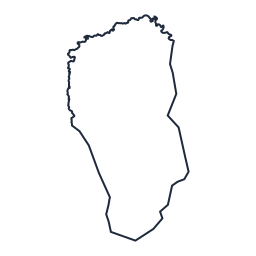 Mogod, Bulgan, Mongolia
{"feature_id": "93677404B32006231606780", "entity_name": "Mogod", "entity_type": "district", "adm_level": 2, "iso_a3": "MNG", "parent_name": "Mongolia", "parent_adm1": "Bulgan", "projection": "albers", "projection_center": [102.81, 48.255], "detail": "fine", "context": "isolated", "style": "outline", "palette": "slate", "viewbox_px": 256, "rotation_deg": 0, "n_neighbors": 0, "source": "geoboundaries", "source_scale": "gbopen_adm2", "svg_char_len": 5272}
<svg xmlns="http://www.w3.org/2000/svg" viewBox="0 0 256 256"><path d="M188.6,171.7L185.3,157.5L184.3,153.0L178.6,127.4L167.7,115.5L176.3,93.9L172.7,72.7L170.0,64.0L172.5,46.1L173.8,41.0L172.5,40.1L171.9,40.0L171.1,40.1L170.5,39.9L169.6,39.4L168.9,38.8L168.7,38.5L168.7,38.2L168.8,37.6L168.9,37.2L170.1,36.5L170.8,36.3L171.0,36.1L171.3,35.7L171.3,35.2L171.0,34.9L170.4,34.7L168.8,34.0L168.1,33.3L167.8,32.9L167.5,32.3L167.4,32.2L166.7,32.2L165.8,32.7L163.4,32.9L163.0,32.9L162.3,32.5L161.3,31.6L161.2,31.2L161.2,30.9L161.4,30.7L161.9,30.3L162.8,29.3L163.0,29.0L163.5,27.9L163.6,27.3L163.6,26.9L163.5,26.0L163.3,25.6L163.0,25.6L161.7,26.9L161.3,27.0L161.1,27.0L160.7,26.6L160.6,26.0L160.3,25.5L159.4,24.6L158.7,24.3L158.0,24.3L157.7,24.4L157.4,24.7L157.3,25.4L156.9,25.7L156.5,25.8L156.1,25.6L156.0,25.0L156.0,23.9L156.0,23.6L155.9,23.4L155.5,22.6L155.4,22.1L155.3,21.4L155.4,20.9L155.5,20.6L155.8,20.2L156.7,19.3L156.9,18.8L157.0,18.4L156.9,18.2L156.6,17.9L155.3,16.7L154.9,16.6L154.5,16.6L154.5,16.9L155.0,17.7L155.0,17.9L154.9,18.5L154.8,18.8L154.5,18.9L154.0,18.8L153.3,18.5L152.8,18.5L152.7,18.6L152.7,18.8L152.8,20.1L152.8,20.6L152.7,21.0L152.3,21.2L151.8,21.4L151.4,21.6L150.9,21.6L150.6,21.4L150.4,20.8L150.5,20.2L150.7,19.7L150.7,19.1L150.6,18.7L150.4,18.4L149.6,17.9L148.6,16.5L147.6,15.8L147.2,15.6L146.2,15.4L145.2,15.4L144.5,15.6L143.8,16.0L143.3,16.4L142.6,17.3L141.6,17.7L140.5,17.9L140.0,17.7L139.7,17.7L139.5,17.8L139.3,17.9L139.1,18.0L138.8,19.2L138.3,19.9L138.2,20.0L137.6,20.0L136.2,19.3L135.1,19.3L134.8,19.2L134.7,19.1L133.9,18.1L133.0,18.0L132.1,18.3L131.8,18.2L131.3,18.3L131.1,18.4L130.8,19.0L130.3,19.8L129.7,20.1L128.4,20.5L128.1,21.4L128.3,21.8L128.3,22.0L128.0,22.4L127.7,22.9L127.4,22.9L126.8,22.9L126.6,23.0L126.0,23.5L125.6,23.6L125.3,23.5L124.9,23.2L124.7,23.1L124.1,23.2L122.9,23.6L122.5,23.5L122.0,23.3L121.4,23.1L120.4,23.3L119.5,23.1L118.4,23.2L117.5,22.8L117.2,22.8L116.8,23.0L116.5,23.1L115.7,23.8L115.2,24.8L114.6,25.4L114.6,25.8L114.2,26.4L113.6,26.5L113.4,26.8L113.3,27.2L113.4,27.6L113.4,28.1L113.5,28.3L113.6,29.0L114.0,29.4L113.9,29.6L113.4,30.5L113.2,30.6L112.8,30.6L112.2,30.3L112.0,30.0L111.9,29.8L111.7,29.5L111.4,29.6L111.1,29.9L110.7,30.5L110.0,30.9L109.9,31.1L109.8,31.7L109.7,32.2L109.6,32.8L109.3,33.0L108.9,33.0L108.0,32.3L107.7,32.2L107.4,32.3L106.5,33.0L106.0,33.2L105.6,33.4L105.0,33.3L104.8,33.4L104.4,33.8L104.3,34.4L104.1,34.7L103.8,34.9L102.0,35.9L101.2,35.9L100.4,35.1L100.2,35.0L99.5,34.9L99.1,35.0L98.8,34.9L98.5,34.8L98.2,34.6L97.9,34.2L97.5,34.4L97.1,35.0L96.8,35.3L96.3,35.7L95.3,35.7L94.4,35.6L93.9,35.9L92.9,36.9L92.6,37.0L92.1,37.0L91.6,37.0L90.7,36.6L90.1,36.6L89.7,36.3L89.0,36.0L88.8,36.1L88.3,36.1L87.4,35.8L86.7,35.8L84.6,36.9L84.4,37.1L84.4,37.4L84.6,37.4L85.4,37.5L85.8,37.7L86.1,37.7L87.0,37.4L87.5,37.5L87.8,37.8L88.0,38.1L88.0,38.3L88.0,38.5L87.9,38.7L87.8,38.8L86.9,38.7L86.6,38.7L86.2,38.9L85.9,39.2L85.9,39.4L85.9,40.2L85.7,40.9L85.3,41.4L84.7,41.7L84.4,41.9L83.4,41.8L82.9,41.7L82.4,41.7L80.7,42.4L80.0,42.6L79.4,42.7L78.6,42.6L79.3,42.5L79.5,42.4L79.4,42.3L78.5,42.1L78.2,42.2L77.9,42.4L77.7,42.7L77.6,42.9L77.6,43.4L77.7,43.6L78.0,43.7L78.3,44.2L79.2,44.8L79.3,45.0L79.4,45.5L79.4,46.3L79.2,46.8L78.1,47.7L77.1,48.7L75.4,49.5L74.6,50.0L74.1,50.1L73.2,49.7L72.9,49.7L71.4,50.1L70.7,50.0L69.9,50.1L69.6,50.5L69.5,50.8L69.6,51.4L69.5,52.2L69.3,52.5L68.9,53.0L68.3,53.4L68.0,53.7L68.0,54.3L68.1,54.7L68.9,55.3L69.4,55.9L70.0,56.6L70.1,57.1L70.3,57.3L70.5,57.5L71.0,57.7L72.1,57.2L72.5,56.9L74.0,56.8L74.3,56.8L74.6,56.9L74.8,57.2L74.8,57.5L74.6,58.3L74.6,58.6L74.3,59.0L74.2,59.2L74.3,60.2L74.2,60.4L73.8,61.1L73.6,61.3L73.0,61.4L71.5,61.0L71.1,60.9L70.6,61.0L69.7,61.8L68.6,62.3L68.4,62.5L68.2,63.1L68.2,63.5L68.2,63.8L68.3,64.0L68.7,64.5L68.7,64.9L68.8,65.5L68.6,66.7L68.4,67.0L68.1,67.6L68.0,67.9L68.1,68.1L68.2,68.3L69.2,68.4L69.4,68.5L69.6,68.7L69.7,69.2L69.7,69.5L69.2,70.2L68.9,70.8L68.8,71.0L68.8,71.3L68.9,71.5L69.0,71.6L69.9,71.8L70.0,71.9L70.0,72.2L70.0,72.4L69.9,72.8L69.8,73.3L69.7,73.3L69.7,73.1L69.4,73.1L69.2,73.4L69.2,73.7L69.3,74.1L69.3,75.1L69.1,75.5L69.1,75.9L69.0,76.6L68.7,77.0L68.8,77.3L69.2,77.9L69.3,78.1L69.4,78.5L69.3,78.8L69.0,79.2L68.9,79.5L68.7,80.1L68.6,80.7L68.6,80.9L68.9,81.6L69.0,81.9L69.1,83.2L69.0,83.5L69.0,84.5L69.0,86.5L68.9,86.9L69.3,86.7L69.5,86.7L69.6,86.8L69.5,87.1L69.6,87.7L69.5,88.0L68.5,88.4L68.2,88.7L67.6,89.9L67.4,90.6L67.4,91.4L67.6,91.8L67.7,92.4L67.8,93.2L67.4,94.1L67.4,94.3L67.7,94.7L68.2,95.2L68.4,95.8L68.7,96.1L68.8,96.3L69.0,97.2L68.8,97.7L68.8,98.1L68.6,98.8L68.8,99.0L69.0,99.1L69.3,99.3L69.3,99.5L68.9,99.9L68.8,100.1L69.0,100.8L68.8,101.5L68.7,102.2L68.5,102.5L68.5,104.2L68.2,105.1L68.2,105.5L69.0,106.7L69.1,107.0L69.1,107.4L68.7,108.2L69.1,109.3L69.5,109.8L69.8,110.1L70.3,110.5L71.4,110.9L71.7,111.1L72.0,111.5L72.1,112.0L72.1,113.0L73.1,114.0L73.7,114.9L74.2,115.4L74.3,115.7L74.3,116.0L73.9,116.4L72.9,117.2L71.7,117.9L71.4,118.3L71.3,118.6L71.4,119.0L71.7,120.0L71.6,120.5L71.7,121.0L71.7,121.4L71.4,122.1L71.8,122.9L71.9,123.8L72.0,125.5L79.5,131.2L88.8,145.4L99.0,173.2L109.9,197.3L109.4,199.6L108.5,205.0L106.2,214.3L108.6,221.4L110.9,231.9L117.1,234.1L135.4,240.6L153.3,229.0L162.4,218.4L160.1,211.6L167.9,204.8L172.1,185.6L177.5,181.8L184.3,179.2L188.6,171.7Z" fill="none" stroke="#1e293b" stroke-width="2"/></svg>